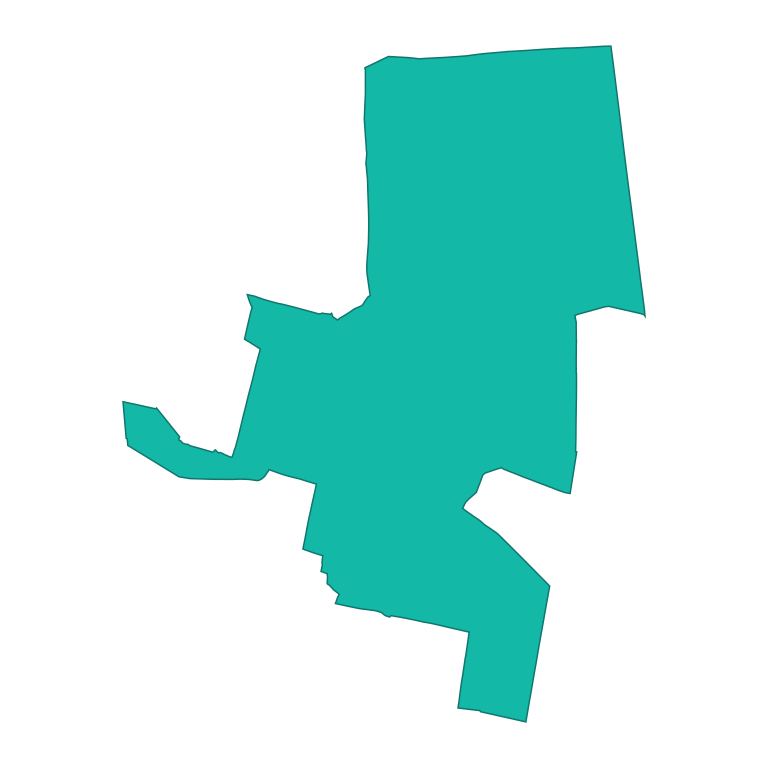 Teoloyucan, México, Mexico
{"feature_id": "50627088B68234574802161", "entity_name": "Teoloyucan", "entity_type": "district", "adm_level": 2, "iso_a3": "MEX", "parent_name": "Mexico", "parent_adm1": "México", "projection": "equal_earth", "projection_center": [-99.177, 19.758], "detail": "fine", "context": "isolated", "style": "filled", "palette": "teal", "viewbox_px": 768, "rotation_deg": 0, "n_neighbors": 0, "source": "geoboundaries", "source_scale": "gbopen_adm2", "svg_char_len": 4996}
<svg xmlns="http://www.w3.org/2000/svg" viewBox="0 0 768 768"><path d="M232.9,479.4L240.2,479.1L245.8,479.3L248.6,479.4L253.8,480.1L257.1,480.6L258.9,480.3L260.3,479.7L262.0,478.7L264.0,477.0L264.4,476.7L265.8,474.7L266.6,473.5L268.5,470.7L268.9,469.6L274.5,471.6L279.2,473.3L284.4,475.0L290.5,476.7L290.9,476.8L293.8,477.5L295.8,478.0L297.3,478.4L297.9,478.5L298.5,478.6L300.3,479.2L301.5,479.5L305.5,480.8L316.4,484.1L316.1,485.6L315.0,490.8L312.8,500.5L312.2,503.2L311.7,505.6L311.3,507.2L310.9,509.4L309.1,517.4L307.7,524.3L306.5,530.3L306.4,531.5L304.9,539.2L304.0,543.6L302.9,549.0L304.1,549.5L307.6,550.7L312.5,552.5L317.4,554.0L320.1,554.9L321.9,555.4L322.8,555.7L322.3,559.2L322.1,561.2L322.0,563.0L322.2,563.8L322.2,565.6L321.5,569.1L321.0,571.5L327.3,573.6L327.2,574.9L327.5,575.9L327.5,576.4L327.2,583.7L328.3,584.6L328.8,584.6L332.6,588.7L333.3,589.6L339.2,594.2L337.5,597.6L336.5,600.6L335.4,603.5L341.8,604.9L348.2,606.3L354.6,607.6L360.0,608.7L366.5,609.5L375.4,610.7L377.5,611.3L381.8,612.6L382.5,613.4L383.7,614.5L385.2,615.5L386.6,616.1L388.1,616.5L389.7,617.0L391.3,615.6L393.5,616.1L394.7,616.3L396.2,616.5L403.5,617.8L407.6,618.6L415.0,620.1L423.8,622.1L430.4,623.2L439.9,625.3L445.2,626.6L453.0,628.4L460.8,630.2L468.6,632.0L469.2,632.1L469.1,632.3L468.0,640.5L466.8,648.6L465.6,656.8L465.4,657.1L465.0,659.6L464.4,664.0L464.0,666.7L463.7,668.4L463.2,671.9L462.7,675.2L461.5,682.3L460.3,691.1L459.0,701.6L458.0,708.0L479.8,710.6L480.6,711.7L483.1,712.3L490.4,713.9L497.8,715.6L505.1,717.2L514.8,719.4L525.9,721.9L528.3,707.7L529.8,698.9L531.4,690.0L532.9,681.2L534.4,672.4L536.0,663.5L537.5,654.7L539.0,645.8L539.5,643.2L541.3,632.9L543.7,619.6L543.9,618.3L546.5,603.7L548.1,594.9L549.7,586.1L537.4,573.6L524.7,560.7L524.4,560.4L507.6,543.6L498.0,534.1L495.0,531.8L484.4,524.6L479.8,520.5L473.7,516.4L467.6,512.1L462.6,508.4L465.5,502.5L468.6,499.2L476.3,492.4L480.8,480.6L480.9,480.3L482.8,475.0L485.1,473.1L489.2,471.7L495.6,469.5L501.4,467.7L503.3,469.0L509.3,471.4L516.1,474.0L522.7,476.7L531.5,480.0L537.1,482.2L545.2,485.2L548.9,486.7L551.6,487.6L558.7,490.5L565.1,492.6L570.1,493.5L576.0,456.4L576.7,451.9L576.0,451.9L575.6,451.9L575.9,438.3L576.0,424.8L576.2,409.2L576.4,398.2L576.5,384.8L576.5,379.4L576.4,372.7L576.4,372.3L576.1,371.8L576.3,369.4L576.2,366.3L576.2,363.1L576.2,360.1L576.2,357.0L576.3,353.7L576.3,350.7L576.3,347.5L576.3,344.5L576.5,341.3L576.3,338.0L576.3,335.1L576.3,332.1L576.2,328.4L576.2,322.4L574.9,315.5L577.5,314.4L604.9,306.8L608.7,306.3L638.6,313.1L643.7,314.4L645.0,316.1L644.4,309.6L642.7,296.2L641.5,287.3L640.3,278.3L639.4,270.7L635.5,240.5L631.6,210.3L627.7,180.3L623.9,150.2L619.9,117.2L615.8,84.2L613.4,65.1L610.9,46.1L603.5,46.3L596.0,46.7L587.4,47.2L575.0,47.9L569.7,48.0L564.4,48.1L556.3,48.6L548.2,49.0L538.6,49.6L529.0,50.3L517.8,51.0L506.7,51.6L505.4,51.8L504.6,51.9L502.9,52.0L501.8,52.1L495.8,52.6L488.9,53.2L482.4,53.8L477.6,54.4L468.4,55.6L466.3,55.9L455.6,56.7L450.9,57.0L444.9,57.4L433.8,58.0L427.2,58.3L419.0,58.8L413.9,58.2L408.1,57.6L399.1,57.1L388.4,56.5L381.3,59.9L374.3,63.3L367.2,66.7L365.0,67.7L364.9,68.8L365.4,69.5L365.4,77.8L365.4,86.1L365.4,94.4L364.8,107.2L364.3,119.3L364.9,127.7L365.5,136.9L366.2,146.2L366.3,149.4L366.8,153.4L366.3,159.0L365.9,164.1L366.2,165.4L367.5,179.1L367.9,193.0L368.3,203.6L368.6,213.7L368.8,223.8L368.6,233.5L368.4,243.3L367.6,253.3L366.9,263.4L366.8,265.3L366.8,268.4L367.0,273.2L367.7,278.2L368.5,284.1L370.2,295.6L369.8,295.9L369.1,296.2L368.1,296.8L367.0,298.4L366.1,299.5L362.5,305.0L361.4,305.9L358.2,307.2L356.4,308.0L354.7,308.7L348.1,313.2L343.6,316.0L339.9,318.1L338.7,319.0L337.5,320.0L332.7,316.7L332.3,315.3L331.6,313.3L331.0,313.7L331.1,314.0L330.9,314.3L330.6,314.3L328.4,314.0L324.1,313.5L323.2,313.3L322.1,313.1L320.5,313.8L319.0,313.9L317.7,313.6L305.3,310.2L299.1,308.5L290.7,306.3L282.3,304.2L278.1,303.4L274.6,302.5L270.2,301.3L263.3,299.3L254.0,296.0L251.9,295.6L249.1,295.0L247.3,294.6L249.1,300.3L250.8,304.6L251.1,305.5L252.2,307.1L250.5,313.1L248.8,320.4L245.7,333.8L244.5,339.2L245.2,339.6L246.6,340.4L247.0,340.7L248.8,341.7L252.5,344.1L260.3,349.0L255.4,367.3L255.1,368.7L253.9,373.9L253.5,375.6L253.3,376.4L252.9,378.2L252.7,379.0L251.8,382.3L251.6,383.2L250.7,386.7L249.7,390.4L248.8,393.8L248.5,395.0L248.2,396.2L247.4,399.4L246.7,402.3L244.6,410.8L243.5,414.9L243.4,415.3L241.1,425.0L240.6,427.1L240.3,428.2L239.4,432.0L238.5,435.9L235.2,448.0L234.4,449.8L233.5,453.1L233.0,454.4L232.6,455.6L232.1,457.0L231.5,457.2L230.2,456.9L228.9,456.5L227.2,455.6L226.3,455.3L224.7,454.7L223.0,453.7L222.0,453.2L220.4,452.6L219.7,452.5L218.9,452.8L217.7,452.3L216.4,451.0L215.7,450.1L215.1,449.9L214.3,450.8L213.6,451.5L213.1,451.9L212.3,452.2L210.1,451.4L202.9,449.3L197.6,447.8L190.2,445.8L188.0,444.4L185.3,444.1L183.3,443.4L182.2,442.6L181.0,441.1L178.7,439.8L179.6,436.8L156.5,408.0L155.5,408.8L123.0,401.7L126.2,438.4L127.2,438.7L127.8,445.4L179.0,476.8L190.0,478.6L213.3,479.3L232.9,479.4Z" fill="#14b8a6" stroke="#0f766e" stroke-width="1.5"/></svg>